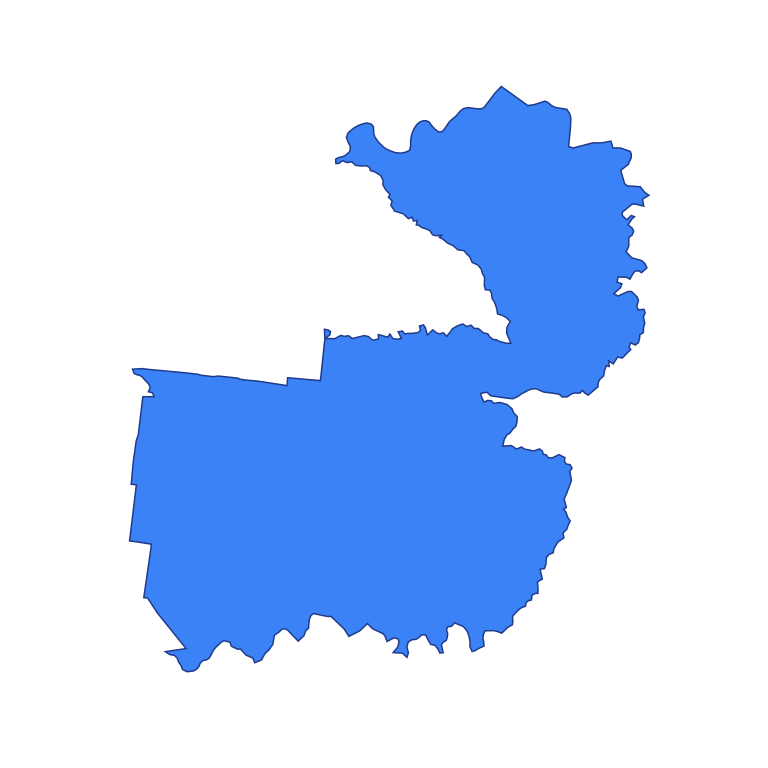 Caxias do Sul, Rio Grande do Sul, Brazil (orthographic projection), rotated 7°
{"feature_id": "56859067B1705009335858", "entity_name": "Caxias do Sul", "entity_type": "district", "adm_level": 2, "iso_a3": "BRA", "parent_name": "Brazil", "parent_adm1": "Rio Grande do Sul", "projection": "orthographic", "projection_center": [-50.991, -29.075], "detail": "fine", "context": "isolated", "style": "filled", "palette": "blue", "viewbox_px": 768, "rotation_deg": 7, "n_neighbors": 0, "source": "geoboundaries", "source_scale": "gbopen_adm2", "svg_char_len": 6155}
<svg xmlns="http://www.w3.org/2000/svg" viewBox="0 0 768 768"><g transform="rotate(7 384 384)"><path d="M308.6,166.7L309.4,171.1L312.4,170.5L315.7,167.3L320.0,168.7L325.2,167.5L329.1,170.4L334.3,170.5L339.8,169.5L343.2,170.7L344.6,173.9L348.2,174.3L355.1,177.3L358.2,181.8L358.7,186.5L361.9,190.9L367.0,195.3L365.6,198.0L369.8,201.3L369.0,205.6L373.5,211.1L382.5,212.7L388.1,216.9L391.7,215.1L393.3,218.6L397.0,217.7L396.7,222.2L399.5,222.2L401.9,224.0L406.2,224.8L410.7,226.0L413.9,229.9L417.8,230.5L423.1,229.3L421.1,231.7L424.6,232.9L429.7,236.3L435.9,238.3L440.9,241.8L447.2,241.9L450.5,245.1L453.6,247.4L456.7,252.6L462.7,254.4L466.5,258.1L468.2,262.4L470.8,265.8L471.6,274.3L473.2,278.2L477.3,277.8L479.5,280.5L480.9,286.0L483.7,289.3L485.3,292.3L487.0,296.4L488.2,300.7L493.0,301.4L497.6,303.3L501.7,306.6L499.1,312.9L499.5,318.6L504.9,328.0L501.2,328.7L493.2,327.7L490.3,326.4L486.9,326.5L483.1,324.3L480.9,321.5L476.6,321.2L470.8,317.4L466.7,317.8L463.2,315.0L459.3,316.9L455.0,314.8L449.9,317.2L445.1,320.9L443.6,323.9L440.4,329.1L436.7,325.9L433.2,327.5L430.2,327.0L425.8,324.3L421.1,330.2L418.3,323.3L416.1,320.5L412.1,322.1L413.7,326.2L411.7,328.7L405.6,330.4L401.5,330.8L398.5,331.8L395.8,329.2L391.7,330.4L395.7,336.7L391.5,337.9L387.4,338.0L383.8,333.7L382.1,337.1L372.3,335.6L373.1,340.0L367.4,342.0L362.9,338.8L358.4,338.4L347.1,342.7L343.0,340.4L338.8,341.5L335.1,341.1L329.4,345.1L325.4,345.4L319.8,346.3L320.4,381.9L320.4,388.4L287.6,389.5L287.9,397.4L260.7,396.6L254.4,396.6L251.2,396.8L245.1,396.9L240.9,396.8L238.1,396.0L233.8,396.0L218.5,396.3L213.8,397.5L201.5,397.6L197.5,397.0L186.6,397.1L148.8,398.2L141.9,398.2L132.6,399.9L134.8,404.1L137.7,404.9L140.6,405.2L143.4,406.6L145.9,409.0L148.6,411.1L151.2,413.5L152.3,416.6L151.1,420.4L155.3,421.0L157.3,424.6L146.2,426.0L146.3,464.5L145.0,470.3L144.6,491.5L145.3,514.3L150.5,514.2L150.6,570.8L155.5,570.8L172.5,571.3L172.7,574.8L171.6,625.3L175.5,625.3L187.1,639.0L219.8,670.7L199.7,676.3L204.1,678.6L209.3,679.0L212.4,681.6L213.8,684.8L216.6,687.7L218.8,691.9L223.5,693.6L230.0,692.0L232.9,689.8L234.8,686.7L235.5,683.6L238.0,680.5L241.1,679.6L243.5,677.9L245.0,675.0L246.0,672.1L247.3,668.6L249.5,665.4L252.1,662.4L254.1,659.9L256.7,658.3L262.6,659.1L264.5,662.9L270.7,665.0L273.8,664.6L280.1,669.9L287.1,672.0L289.7,676.4L295.9,673.0L298.7,666.2L302.3,661.8L305.3,656.1L305.9,646.7L309.9,643.1L312.9,639.5L315.9,639.0L318.8,640.4L330.2,649.7L335.4,643.2L336.1,638.9L338.8,635.7L338.6,627.1L339.7,622.6L342.0,620.4L355.7,621.6L359.9,621.2L374.5,632.2L379.9,638.8L389.9,632.1L396.8,623.8L402.5,628.3L413.4,631.9L415.6,633.9L418.4,639.2L424.8,634.8L428.6,635.1L430.3,637.7L429.8,643.3L425.8,649.5L435.2,648.9L440.1,652.5L441.0,647.8L438.8,642.3L439.5,637.2L443.0,634.4L447.0,633.5L449.4,631.5L452.1,628.3L456.0,628.1L458.7,632.3L462.0,636.7L466.7,637.2L469.9,640.6L472.3,644.2L475.5,643.5L472.7,635.6L474.6,632.7L477.0,631.0L477.7,627.9L477.6,623.8L476.1,620.6L476.6,617.4L480.6,616.2L483.2,612.5L492.1,615.0L495.6,618.0L497.7,621.0L499.5,625.1L500.8,629.5L501.4,634.4L504.0,638.7L506.8,637.6L510.7,634.6L515.2,631.9L514.3,627.5L513.1,624.0L513.3,620.0L514.5,616.6L523.1,615.4L527.2,615.9L531.2,617.0L536.6,610.3L540.8,607.3L540.8,603.5L539.8,599.4L541.8,596.0L545.8,590.9L548.6,588.7L551.4,587.4L551.7,583.7L553.9,581.4L556.6,580.4L556.6,575.6L559.5,573.5L562.3,573.0L561.7,567.9L560.4,561.6L564.9,558.4L561.5,548.8L565.7,547.7L566.7,543.4L566.3,536.9L568.4,533.1L572.5,530.9L572.7,526.6L575.9,519.6L581.3,514.9L579.9,509.9L583.1,506.0L584.1,501.3L585.5,497.3L582.8,494.2L580.1,488.8L577.4,486.3L580.1,484.3L576.8,476.3L578.8,469.7L581.8,456.9L579.1,448.0L580.9,444.7L578.5,441.4L574.6,441.2L572.6,439.0L572.5,435.0L566.2,432.8L559.9,436.9L555.9,437.1L553.6,434.5L550.6,434.3L549.5,431.4L546.3,429.5L540.8,432.2L531.8,431.5L528.0,429.8L523.5,432.4L517.9,429.6L509.4,431.2L510.1,424.5L512.2,419.5L514.9,417.6L517.6,412.8L520.1,409.7L520.6,405.6L520.3,400.2L516.4,397.0L514.0,392.9L508.6,389.4L501.7,388.2L495.2,389.8L492.5,387.5L488.8,387.7L485.5,389.8L482.5,385.1L481.0,381.5L487.2,379.6L491.3,382.7L509.0,383.1L513.9,382.9L518.3,380.1L521.2,377.4L528.3,372.4L532.0,370.7L535.8,370.2L543.3,372.5L555.0,372.6L559.3,372.8L562.4,375.2L567.5,374.4L571.0,371.2L574.2,369.7L579.5,369.2L581.8,366.3L584.2,368.4L587.9,370.2L596.6,360.9L596.5,356.2L597.6,353.2L601.0,349.3L601.3,343.6L602.4,338.7L605.4,339.2L604.1,333.7L609.1,336.1L612.6,328.7L617.4,329.2L622.1,322.9L624.7,319.8L622.7,317.3L623.8,313.1L628.7,314.7L631.5,311.9L632.1,307.6L631.9,304.0L635.2,301.4L634.7,296.7L635.4,291.8L633.3,285.8L634.5,281.5L632.9,278.2L627.2,279.4L625.5,276.0L626.4,270.0L624.6,266.7L618.3,262.0L615.0,262.4L605.5,268.2L601.1,266.3L607.0,259.6L607.9,255.5L603.0,254.5L603.2,249.3L611.8,248.5L615.3,250.0L617.3,245.0L619.3,241.3L623.1,240.7L626.0,242.1L630.8,236.7L628.4,232.8L624.9,230.2L614.6,228.5L608.3,223.5L610.1,217.2L609.2,208.8L612.2,205.8L613.2,201.8L611.4,199.1L606.9,196.3L609.7,190.4L612.2,187.5L608.9,186.6L605.0,191.4L600.2,187.9L599.4,184.7L608.4,175.2L611.8,174.8L620.1,175.8L618.0,169.1L624.0,164.4L619.3,161.9L614.3,157.0L601.3,157.7L598.4,155.8L592.9,143.1L599.6,136.4L601.8,129.4L601.5,125.9L600.1,123.1L589.7,120.9L582.4,121.8L579.7,115.3L571.1,118.0L561.6,119.3L542.9,126.7L538.3,125.8L537.8,106.3L537.0,97.3L535.4,93.1L531.9,89.1L520.4,88.6L516.3,87.2L512.0,84.3L509.2,83.7L498.8,88.5L492.7,90.1L464.2,74.4L459.0,81.3L449.8,97.1L447.1,99.0L443.2,99.5L433.8,99.4L429.4,100.9L426.6,103.6L423.0,109.0L419.4,112.9L416.8,116.0L413.4,122.7L411.1,126.3L407.6,127.2L403.4,124.8L399.6,121.5L397.1,118.6L394.2,117.6L390.8,117.9L387.3,119.8L384.9,122.6L383.2,125.8L382.1,128.9L381.1,132.9L380.8,136.7L380.9,140.6L381.4,144.2L380.9,149.0L377.0,151.4L372.4,152.8L367.2,153.0L361.8,151.8L357.4,150.4L354.5,148.8L348.8,144.4L344.7,139.8L343.3,136.5L342.2,129.9L339.7,127.6L335.4,127.0L331.7,128.2L328.3,129.8L325.6,131.5L322.9,133.6L320.5,136.0L317.8,139.1L316.6,143.8L319.1,148.6L321.8,152.7L321.7,157.5L318.0,161.6L315.6,163.2L311.1,164.9L308.6,166.7ZM319.8,346.3L324.3,341.8L324.5,338.4L321.6,337.1L318.2,336.9L319.8,346.3Z" fill="#3b82f6" stroke="#1e3a8a" stroke-width="1.5"/></g></svg>